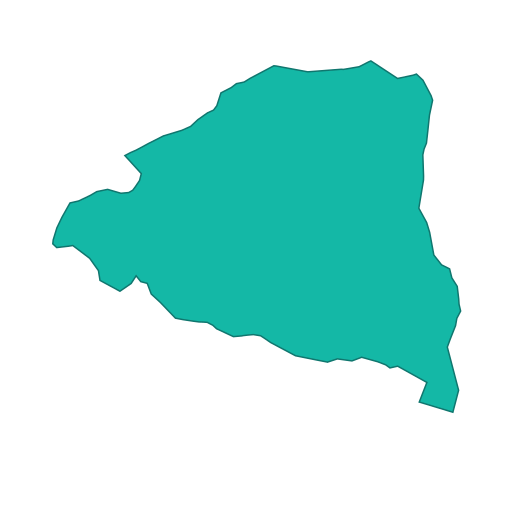 Edati, Niger, Nigeria (Natural Earth projection), rotated 351°
{"feature_id": "59680162B83278495681126", "entity_name": "Edati", "entity_type": "district", "adm_level": 2, "iso_a3": "NGA", "parent_name": "Nigeria", "parent_adm1": "Niger", "projection": "natural_earth1", "projection_center": [5.641, 9.026], "detail": "fine", "context": "isolated", "style": "filled", "palette": "teal", "viewbox_px": 512, "rotation_deg": 351, "n_neighbors": 0, "source": "geoboundaries", "source_scale": "gbopen_adm2", "svg_char_len": 1668}
<svg xmlns="http://www.w3.org/2000/svg" viewBox="0 0 512 512"><g transform="rotate(351 256 256)"><path d="M449.4,143.9L454.8,129.8L454.0,125.0L448.4,108.5L442.9,101.4L439.5,102.0L423.6,102.8L400.0,81.3L397.6,81.9L387.5,85.2L371.7,85.4L369.3,84.9L335.9,82.2L305.9,71.6L303.4,70.9L278.0,79.6L271.6,82.3L268.8,82.5L263.6,82.7L257.9,85.8L246.9,89.4L240.8,101.5L239.2,103.0L237.6,104.6L236.8,105.3L230.6,107.0L220.0,112.2L211.7,117.8L202.3,120.3L183.4,122.9L167.3,128.1L154.2,132.7L148.4,134.2L142.2,136.3L148.6,146.0L155.6,156.7L152.8,163.2L147.3,169.1L144.5,171.8L143.7,172.1L140.3,173.4L140.0,173.4L132.4,172.9L119.9,167.0L119.6,167.0L108.8,167.5L101.9,170.2L89.4,173.9L80.6,174.5L70.4,187.4L63.7,197.1L58.2,208.4L57.2,212.2L60.5,216.5L72.5,217.0L76.3,217.0L76.7,217.0L91.4,232.3L98.1,245.8L98.1,255.7L116.1,269.5L128.4,263.6L134.5,256.8L138.2,263.3L144.3,266.0L146.6,277.2L154.2,286.8L166.7,304.8L173.9,307.4L184.0,310.6L189.4,312.2L193.6,313.0L197.5,313.9L200.0,315.8L202.5,317.6L205.7,321.7L221.1,332.1L229.6,332.7L229.9,332.7L230.4,332.6L235.3,332.8L241.1,333.2L248.1,335.5L251.2,338.3L257.0,343.8L266.8,351.2L279.4,360.7L300.2,368.4L309.8,371.9L309.9,372.0L319.9,370.4L320.1,370.3L334.3,374.6L334.5,374.6L344.2,372.6L344.4,372.5L359.7,379.5L367.1,383.8L370.8,387.5L378.3,387.0L378.7,387.0L405.0,407.6L394.4,425.8L426.0,441.1L435.1,420.3L430.7,375.9L435.0,368.2L442.2,356.0L444.6,349.0L449.5,342.4L449.0,335.4L449.5,330.0L450.0,317.5L446.0,308.2L445.2,299.0L437.9,293.8L431.8,282.9L431.2,259.8L429.8,249.7L424.3,234.3L433.3,207.2L434.0,203.3L436.6,182.2L438.7,176.7L442.0,171.2L445.4,158.8L449.4,143.9Z" fill="#14b8a6" stroke="#0f766e" stroke-width="1.5"/></g></svg>